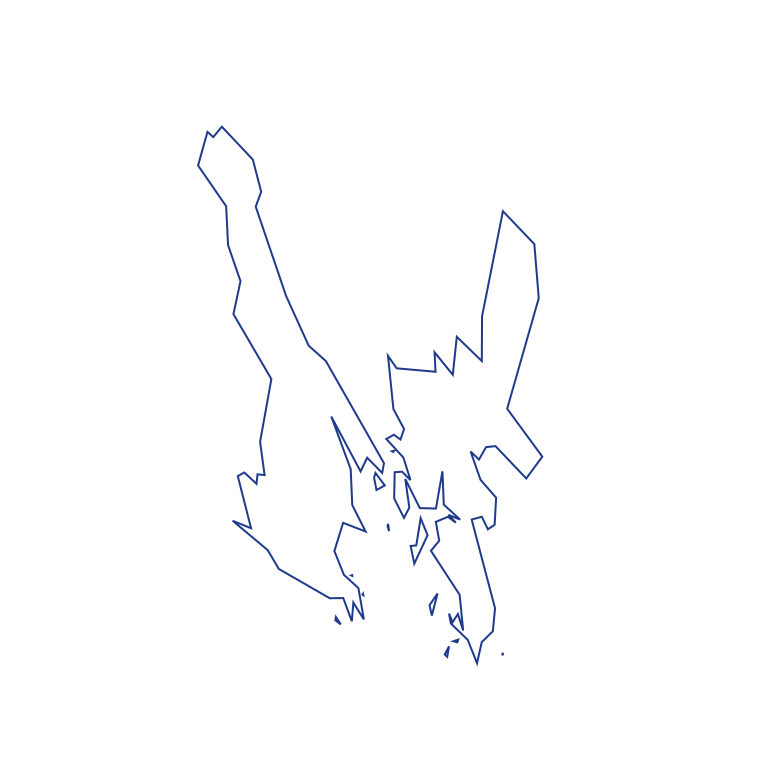 outline of Reykjavíkurborg, Reykjavík, Iceland, rotated 252°
{"feature_id": "244011B48219786980381", "entity_name": "Reykjavíkurborg", "entity_type": "district", "adm_level": 2, "iso_a3": "ISL", "parent_name": "Iceland", "parent_adm1": "Reykjavík", "projection": "equal_earth", "projection_center": [-21.784, 64.152], "detail": "medium", "context": "isolated", "style": "outline", "palette": "blue", "viewbox_px": 768, "rotation_deg": 252, "n_neighbors": 0, "source": "geoboundaries", "source_scale": "gbopen_adm2", "svg_char_len": 1973}
<svg xmlns="http://www.w3.org/2000/svg" viewBox="0 0 768 768"><g transform="rotate(252 384 384)"><path d="M678.3,294.0L649.3,274.7L601.8,288.8L564.2,278.6L526.1,279.3L497.0,262.4L423.5,278.4L367.3,248.3L334.3,242.3L337.2,235.8L328.5,231.9L343.0,223.8L341.6,216.5L287.9,213.0L300.7,197.8L261.9,222.1L240.6,226.8L197.0,266.2L193.0,279.1L168.3,280.1L185.6,287.3L166.3,292.1L197.8,296.6L214.9,286.9L240.5,285.2L264.6,302.2L249.4,320.9L278.7,316.4L313.3,326.0L369.4,323.8L308.1,334.7L319.1,345.2L300.0,354.8L308.7,359.5L423.8,335.8L443.7,324.2L497.8,318.1L592.3,316.8L604.8,326.6L637.9,328.6L678.8,309.3L671.6,297.9L678.3,294.0ZM331.0,369.2L308.1,379.7L284.4,379.5L295.0,374.1L296.8,366.9L272.0,358.3L250.5,361.6L258.6,369.9L287.1,374.9L254.9,379.7L249.5,394.9L282.9,412.6L250.8,403.6L231.5,414.5L239.6,404.9L229.9,409.5L237.9,403.8L236.9,390.7L217.9,388.1L210.9,377.1L160.1,390.8L125.1,383.1L142.4,383.2L136.2,375.6L145.6,374.9L135.5,373.6L114.7,384.6L89.7,386.2L108.3,397.2L115.2,411.1L136.4,420.3L228.0,425.5L227.5,436.0L213.7,437.9L215.9,445.7L241.2,455.5L263.1,446.2L293.1,445.5L282.8,451.0L292.4,461.5L290.5,470.8L250.2,490.1L266.0,512.1L322.4,493.5L417.8,557.7L470.6,570.2L511.6,550.5L418.1,498.2L375.6,484.1L406.4,467.8L371.5,452.3L398.5,441.9L379.7,436.8L395.0,400.9L409.5,396.5L357.3,385.2L335.0,389.2L326.1,382.5L332.7,377.7L331.0,369.2ZM203.8,357.3L226.7,378.7L245.0,377.4L220.5,364.8L221.7,359.3L203.8,357.3ZM285.5,344.1L287.3,353.4L302.0,348.4L297.9,345.6L285.5,344.1ZM168.2,370.2L159.6,359.0L149.0,357.9L168.2,370.2ZM114.4,364.8L108.0,358.2L105.0,359.8L114.4,364.8ZM177.3,266.3L174.3,264.7L168.7,268.6L177.3,266.3ZM247.4,343.4L242.5,343.4L249.8,344.7L247.4,343.4ZM118.0,375.6L117.9,370.5L115.7,373.9L118.0,375.6ZM317.3,372.9L317.5,370.9L316.5,371.8L317.3,372.9ZM191.0,299.3L190.3,298.5L189.5,299.1L191.0,299.3ZM212.0,294.7L212.0,293.8L211.3,294.5L212.0,294.7ZM90.7,413.1L89.2,413.0L91.5,414.1L90.7,413.1Z" fill="none" stroke="#1e3a8a" stroke-width="2"/></g></svg>